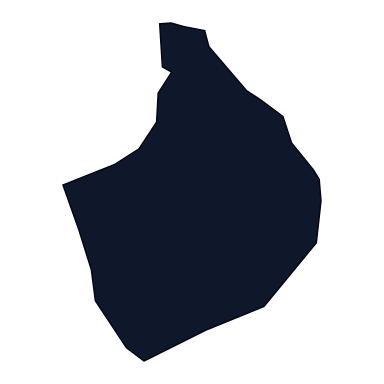 outline of Ix xet, Dornogovi, Mongolia
{"feature_id": "93677404B2530433176866", "entity_name": "Ix xet", "entity_type": "district", "adm_level": 2, "iso_a3": "MNG", "parent_name": "Mongolia", "parent_adm1": "Dornogovi", "projection": "robinson", "projection_center": [110.14, 46.159], "detail": "fine", "context": "isolated", "style": "filled", "palette": "ink", "viewbox_px": 384, "rotation_deg": 0, "n_neighbors": 0, "source": "geoboundaries", "source_scale": "gbopen_adm2", "svg_char_len": 477}
<svg xmlns="http://www.w3.org/2000/svg" viewBox="0 0 384 384"><path d="M144.0,361.0L205.9,330.1L264.0,306.4L316.3,242.8L321.0,200.9L319.2,179.3L313.2,169.6L291.6,143.0L282.9,116.5L260.5,99.8L246.5,90.6L208.9,46.7L205.2,32.8L204.7,30.7L183.4,26.5L171.1,23.0L159.7,23.8L162.4,66.9L171.7,72.1L158.2,93.0L156.6,122.1L138.9,149.0L131.7,153.5L115.0,164.3L63.0,185.0L78.9,229.9L91.4,269.9L95.4,300.8L126.5,347.8L144.0,361.0Z" fill="#0f172a" stroke="#020617" stroke-width="1.5"/></svg>